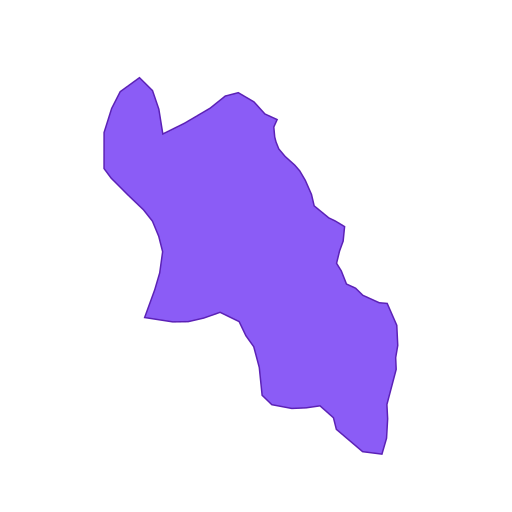 Sotira Ammochostou, Famagusta, Cyprus, rotated 290°
{"feature_id": "46923920B54851998924598", "entity_name": "Sotira Ammochostou", "entity_type": "district", "adm_level": 2, "iso_a3": "CYP", "parent_name": "Cyprus", "parent_adm1": "Famagusta", "projection": "natural_earth1", "projection_center": [33.936, 35.008], "detail": "fine", "context": "isolated", "style": "filled", "palette": "violet", "viewbox_px": 512, "rotation_deg": 290, "n_neighbors": 0, "source": "geoboundaries", "source_scale": "gbopen_adm2", "svg_char_len": 1028}
<svg xmlns="http://www.w3.org/2000/svg" viewBox="0 0 512 512"><g transform="rotate(290 256 256)"><path d="M383.7,85.5L364.0,72.2L345.3,69.9L320.1,71.0L286.2,83.3L279.6,93.3L269.7,114.5L260.9,134.5L253.3,146.8L241.2,157.9L228.1,166.8L207.2,171.3L189.7,172.4L160.1,172.4L163.4,189.1L165.6,200.2L171.1,214.7L179.8,228.1L190.8,241.5L188.6,262.6L177.6,273.8L170.0,284.9L152.4,297.2L127.2,309.4L121.7,321.7L125.0,341.8L130.5,355.1L137.1,367.4L130.5,384.1L120.6,390.8L108.6,423.1L112.9,442.1L129.4,441.0L148.0,435.4L161.2,429.8L197.4,426.5L208.3,422.0L220.4,419.8L239.0,412.0L256.3,395.5L254.2,387.7L255.6,369.8L259.8,360.6L260.6,350.6L271.1,341.3L276.7,334.2L289.3,332.8L299.8,332.8L313.9,329.2L316.0,318.5L316.7,311.4L323.0,293.5L332.8,287.1L344.0,276.4L351.0,267.9L354.6,261.4L359.5,249.3L364.4,240.8L370.0,235.8L374.2,232.9L383.3,228.6L391.4,229.2L392.5,215.8L400.1,201.4L403.4,183.5L395.8,172.4L379.3,162.4L356.3,143.4L338.8,126.7L360.7,114.5L376.0,102.2L383.7,85.5Z" fill="#8b5cf6" stroke="#5b21b6" stroke-width="1.5"/></g></svg>